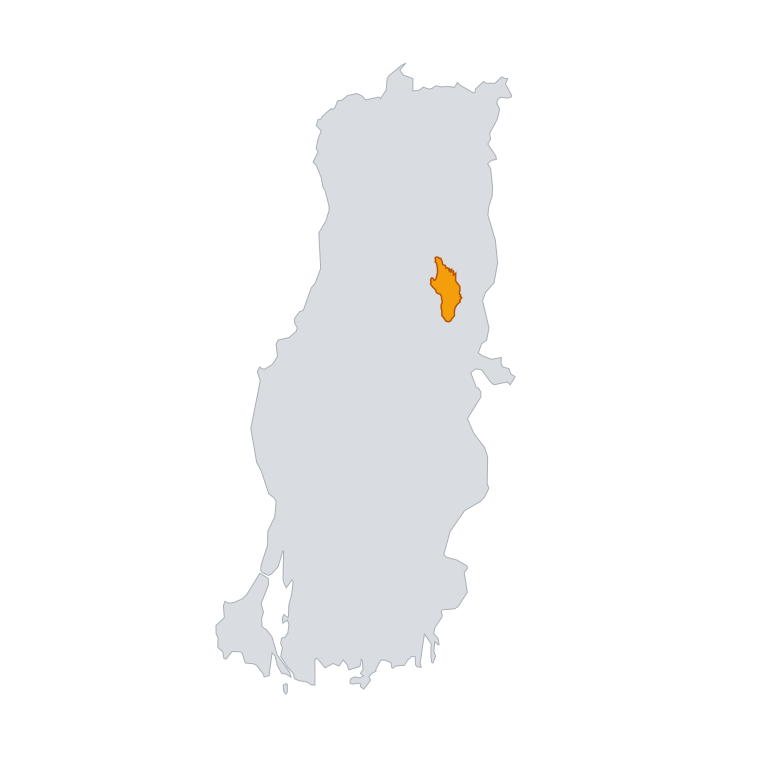 Turkey, with Adiyaman highlighted, rotated 279°
{"feature_id": "TUR-2281", "entity_name": "Adiyaman", "entity_type": "Province", "adm_level": 1, "iso_a3": "TUR", "parent_name": "Turkey", "parent_adm1": "", "projection": "robinson", "projection_center": [38.577, 37.82], "detail": "fine", "context": "in_parent", "style": "filled", "palette": "amber", "viewbox_px": 768, "rotation_deg": 279, "n_neighbors": 0, "source": "natural_earth", "source_scale": "10m", "svg_char_len": 5387}
<svg xmlns="http://www.w3.org/2000/svg" viewBox="0 0 768 768"><g transform="rotate(279 384 384)"><path d="M592.3,279.2L602.8,282.7L606.1,280.1L615.6,280.5L624.1,282.4L628.7,276.7L634.7,277.4L635.9,280.3L638.8,281.3L647.7,288.6L646.7,289.5L648.9,292.2L656.6,294.0L657.4,297.7L663.4,303.2L666.6,311.7L664.9,317.7L661.7,321.4L666.7,334.3L665.3,335.9L674.6,340.1L686.3,339.4L690.0,341.2L701.5,351.5L704.3,355.4L696.5,350.5L692.2,354.7L690.2,364.8L677.9,366.6L679.9,373.1L683.3,376.2L682.3,382.3L683.2,384.8L686.7,388.8L686.4,394.4L687.9,400.3L688.0,407.3L693.2,409.4L690.9,412.7L685.5,426.9L685.9,428.1L689.8,428.4L698.5,435.1L697.0,437.2L698.2,446.4L705.8,452.3L704.7,455.3L705.0,458.4L699.5,457.0L688.7,465.1L687.5,464.9L685.9,462.1L685.4,454.0L682.7,451.8L679.3,451.4L673.4,455.1L667.9,454.9L662.5,454.2L648.0,449.1L642.7,450.9L637.2,449.0L626.5,458.9L623.3,459.8L621.6,454.8L617.8,452.0L613.0,455.8L594.6,460.6L586.1,461.4L575.7,459.7L567.1,460.2L543.7,471.4L521.3,477.3L501.2,476.8L490.2,469.9L481.6,468.3L455.9,478.9L443.3,478.5L439.1,474.1L429.5,472.3L427.3,476.5L425.2,486.5L428.5,495.7L423.1,496.2L419.6,498.3L418.6,505.1L413.6,507.9L411.9,512.1L411.0,512.2L403.0,508.7L405.3,505.4L400.4,492.6L402.9,488.6L413.4,478.2L413.2,472.1L408.8,467.9L395.5,475.5L394.2,478.5L391.2,480.8L386.3,481.7L362.9,471.8L349.1,480.5L337.1,493.2L328.1,497.8L302.0,501.4L297.3,503.8L288.5,501.2L283.2,497.7L271.4,483.3L248.9,472.4L224.9,469.7L222.7,472.6L221.5,483.7L217.4,494.2L215.4,495.3L210.1,492.7L191.4,498.9L175.8,492.0L173.1,489.0L170.0,476.8L167.7,475.9L165.1,477.6L162.4,477.6L151.3,472.3L145.2,472.0L141.3,477.1L135.2,479.2L135.1,477.8L137.6,474.4L128.0,475.0L122.9,477.6L116.1,476.0L116.6,474.6L122.2,473.0L135.1,471.1L143.4,463.0L113.1,463.4L110.1,465.2L109.8,461.0L111.6,459.0L119.6,457.5L119.3,454.0L114.5,450.2L109.3,448.2L107.2,439.4L104.6,437.2L105.0,436.0L110.0,434.4L111.4,428.0L110.8,424.0L101.1,420.6L98.9,420.9L96.7,417.5L92.6,415.0L89.1,417.0L79.5,411.8L81.4,408.0L83.9,408.1L84.5,405.1L82.7,400.1L83.0,397.5L85.2,396.8L87.6,397.3L90.0,400.3L90.0,406.0L92.5,409.4L94.5,406.0L98.9,407.9L107.0,406.1L108.6,404.6L102.7,404.8L100.6,403.4L96.2,394.0L101.2,391.3L105.0,386.8L98.4,383.7L100.0,377.4L94.5,370.1L102.6,360.9L102.3,359.5L99.9,359.0L75.7,362.9L75.5,358.7L77.5,355.1L77.7,346.3L79.0,341.5L83.5,340.0L89.3,333.0L98.6,324.7L107.7,324.9L111.5,322.6L117.0,322.5L118.4,325.7L123.1,328.0L131.6,327.7L135.7,325.5L132.0,321.4L136.8,320.2L140.6,321.1L138.4,325.6L139.5,326.0L150.5,324.6L161.9,325.7L174.5,325.2L176.2,323.8L167.4,319.3L173.3,315.4L176.5,314.6L203.1,311.0L203.3,310.1L187.2,308.1L179.0,302.8L176.9,300.0L178.8,293.1L180.7,291.3L186.5,291.0L206.2,294.2L220.5,292.3L235.8,296.9L250.7,295.9L253.8,293.9L257.7,287.3L279.0,276.3L286.5,270.6L319.2,259.4L367.8,261.3L376.4,257.0L381.3,258.5L379.9,261.3L380.1,264.0L385.8,270.6L394.4,274.5L406.5,271.2L410.8,272.5L415.0,282.9L422.4,289.1L425.9,289.6L430.5,286.0L434.9,285.5L442.0,289.1L444.4,292.8L467.7,297.1L472.5,300.2L488.2,303.4L523.0,296.0L535.8,301.0L546.5,302.6L551.1,301.9L565.1,295.9L569.5,292.6L578.2,289.7L589.1,283.1L592.3,279.2ZM144.4,260.8L143.2,265.5L145.1,270.6L149.6,277.7L154.4,281.3L177.6,291.0L173.9,300.0L168.0,301.4L147.9,297.0L139.5,300.7L133.6,299.8L125.2,301.4L122.6,306.8L116.6,313.0L99.9,320.8L84.3,336.0L79.9,338.0L82.1,332.8L82.2,328.2L89.0,322.9L98.3,318.9L100.9,315.5L77.9,316.1L75.9,311.4L78.3,310.5L86.2,302.2L87.2,298.8L86.8,290.6L96.2,285.9L97.0,284.0L96.0,275.8L87.6,271.1L87.9,268.8L94.2,266.7L97.9,261.0L106.9,259.9L111.3,257.2L119.1,255.8L128.3,262.8L139.9,260.1L144.4,260.8ZM72.3,335.5L64.5,336.7L62.2,335.5L64.7,333.1L70.8,331.4L72.6,333.8L72.3,335.5Z" fill="#d9dde1" stroke="#a8b0b8" stroke-width="1"/><path d="M462.5,442.9L458.8,440.7L456.8,440.0L455.6,438.2L455.6,435.7L457.0,434.1L458.8,432.5L460.5,430.5L465.3,429.7L468.3,428.5L471.4,428.1L472.8,428.5L474.3,428.7L475.5,428.3L476.7,427.7L479.5,427.1L481.6,425.3L481.7,423.1L482.6,421.5L485.2,420.1L487.3,417.0L489.8,414.4L492.2,414.4L494.2,413.8L496.1,414.2L496.3,415.5L495.0,416.7L494.3,417.1L494.6,418.0L495.1,418.3L495.6,418.6L497.7,419.1L500.0,419.1L502.4,419.5L504.9,419.0L505.8,418.9L506.7,418.8L508.1,418.1L509.6,417.8L511.4,416.9L512.9,415.3L513.8,415.8L516.5,414.7L517.6,415.8L517.7,416.9L517.5,417.8L516.7,419.5L517.0,420.0L516.7,420.6L515.4,421.4L514.1,422.3L512.1,422.9L511.5,423.2L511.1,423.7L510.9,424.3L510.8,425.6L510.4,426.2L510.0,426.5L508.3,427.0L508.7,427.7L508.7,428.2L508.5,428.7L508.1,429.3L508.3,429.5L508.4,429.8L508.3,430.1L508.1,430.4L507.9,430.4L507.2,430.2L506.9,430.2L506.4,430.4L506.0,430.7L505.6,431.2L505.3,431.8L505.8,431.7L506.7,431.1L507.2,431.0L507.5,431.3L507.5,432.4L507.9,433.0L507.2,433.1L506.4,433.2L505.7,433.3L505.3,433.8L505.6,434.0L506.5,434.9L506.2,435.1L505.7,435.2L505.1,434.9L504.8,435.1L504.6,435.4L504.5,435.5L504.4,435.6L504.2,435.7L504.0,435.8L503.7,435.8L503.5,435.7L503.1,435.3L503.0,435.2L502.3,435.6L502.9,436.3L504.6,437.5L497.1,438.6L495.4,440.3L495.1,440.4L494.7,441.2L492.6,443.2L492.0,443.7L487.8,444.4L486.7,443.9L484.7,444.6L484.4,444.7L484.2,445.6L483.6,445.8L482.2,445.6L481.9,445.8L481.8,446.3L481.9,446.8L481.7,447.1L481.5,447.3L481.3,447.3L481.2,447.2L481.1,446.9L480.9,446.8L479.4,446.4L478.8,446.1L478.4,445.6L477.4,446.3L477.0,446.3L476.5,445.9L473.9,443.7L469.9,442.2L466.2,442.2L462.5,442.9Z" fill="#f59e0b" stroke="#b45309" stroke-width="1.5"/></g></svg>